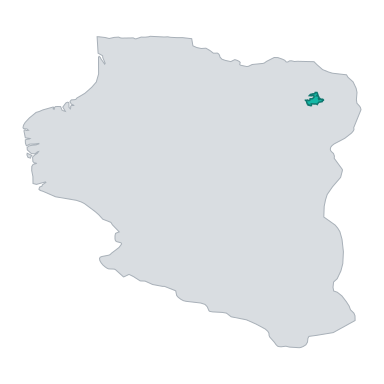 Shagari, Sokoto, Nigeria shown in context, rotated 90°
{"feature_id": "59680162B23595872951211", "entity_name": "Shagari", "entity_type": "district", "adm_level": 2, "iso_a3": "NGA", "parent_name": "Nigeria", "parent_adm1": "Sokoto", "projection": "equal_earth", "projection_center": [5.089, 12.543], "detail": "fine", "context": "in_parent", "style": "filled", "palette": "teal", "viewbox_px": 384, "rotation_deg": 90, "n_neighbors": 0, "source": "geoboundaries", "source_scale": "gbopen_adm2", "svg_char_len": 4871}
<svg xmlns="http://www.w3.org/2000/svg" viewBox="0 0 384 384"><g transform="rotate(90 192 192)"><path d="M320.5,28.9L332.6,50.8L335.3,67.1L336.4,75.1L338.4,76.1L342.1,76.5L344.8,78.1L346.5,80.8L347.5,83.3L347.7,84.8L347.1,94.5L346.2,98.1L346.8,102.9L346.6,105.0L346.2,106.4L344.6,108.0L342.3,109.6L337.0,114.3L335.5,114.9L333.2,115.1L331.3,116.2L329.0,118.8L324.0,128.1L319.8,137.6L316.8,152.8L313.1,157.6L312.4,161.8L311.9,171.3L311.4,174.2L310.8,175.0L306.7,176.8L304.4,179.0L303.0,183.4L301.3,198.0L300.7,200.5L299.4,203.0L297.3,205.8L295.5,207.3L290.8,208.3L286.4,219.4L286.4,221.3L284.5,231.4L281.1,238.9L280.9,243.8L276.6,250.5L274.4,255.0L276.7,259.8L276.9,260.5L269.6,268.6L269.1,269.8L268.9,275.3L268.3,276.8L266.9,278.9L265.0,281.1L262.9,282.8L260.7,284.1L258.5,284.5L257.2,283.8L256.5,282.1L255.2,275.3L254.6,273.9L253.2,272.5L247.5,265.0L244.0,262.4L243.3,262.6L242.7,263.3L241.7,267.1L240.8,268.5L239.0,269.0L235.8,269.0L233.5,268.5L233.0,267.7L231.9,264.8L224.8,271.6L222.4,273.1L219.2,281.2L214.8,285.2L211.7,288.7L203.5,299.7L201.9,302.9L200.3,307.7L196.8,328.4L191.2,341.3L190.4,344.0L190.1,343.9L189.3,345.1L187.1,344.4L186.1,342.0L184.8,341.6L182.4,338.1L181.9,338.6L184.4,347.5L183.5,351.0L176.5,351.1L170.6,352.3L166.4,352.2L164.4,350.9L163.5,347.6L163.1,347.9L162.9,349.7L161.6,351.1L157.0,351.4L154.9,349.1L153.3,346.6L151.5,345.4L151.8,346.5L153.8,349.0L153.6,352.6L149.9,356.7L147.5,356.9L146.0,355.2L145.3,352.2L144.9,347.9L143.9,345.1L143.4,345.1L144.0,349.8L144.1,354.2L145.8,357.6L143.1,358.6L139.9,358.7L139.4,357.5L139.0,354.7L138.5,353.9L137.8,358.7L131.1,360.0L130.1,359.8L129.9,358.9L130.5,357.6L130.3,355.5L128.9,357.1L128.6,360.4L127.8,361.0L125.2,360.5L122.4,358.8L117.9,354.6L112.4,347.9L111.5,344.8L109.9,341.1L107.0,330.8L107.5,330.3L108.8,330.9L109.4,329.9L107.1,329.2L106.6,328.5L106.5,326.2L106.6,323.4L110.1,322.0L110.9,320.3L111.4,318.6L107.1,321.2L103.0,318.2L102.2,316.5L102.6,315.1L107.3,315.0L108.9,313.7L107.9,313.3L106.1,313.3L105.5,312.4L105.5,310.3L104.9,310.8L104.2,312.7L101.5,314.0L99.9,312.7L99.7,309.6L99.4,308.2L98.0,307.1L93.3,299.1L87.3,292.3L82.0,287.7L74.0,285.4L57.2,285.5L56.3,284.9L57.3,283.8L58.8,283.1L64.2,279.3L63.3,278.8L57.6,281.2L55.7,281.4L53.2,285.9L36.7,286.9L36.8,284.9L37.5,278.9L38.5,274.8L37.4,269.8L37.1,265.3L37.8,263.9L38.1,262.2L37.9,250.7L38.8,249.0L38.8,247.8L37.1,242.9L37.2,239.1L36.8,235.4L36.3,233.8L37.0,219.7L36.8,216.2L37.3,213.7L37.6,207.7L37.6,201.7L38.7,192.3L45.8,191.1L47.5,187.4L48.5,182.8L48.2,178.1L50.5,174.1L53.2,170.6L53.1,166.6L53.9,165.4L55.2,164.5L57.1,164.0L59.2,162.1L60.4,158.7L61.6,153.2L59.7,149.4L59.8,148.5L60.5,146.5L61.6,144.5L62.5,143.8L64.5,144.3L65.2,143.5L66.5,137.5L66.4,135.8L64.5,131.8L63.4,120.9L62.9,119.5L61.4,117.5L57.5,109.8L57.6,106.1L59.2,101.5L60.3,99.2L61.8,98.0L62.1,96.9L61.7,95.6L60.9,94.6L60.8,92.5L61.5,89.6L61.3,86.4L61.7,70.0L64.9,66.8L69.6,61.4L71.9,55.8L73.2,51.6L74.8,37.5L77.3,36.0L81.9,30.9L88.2,27.9L92.4,27.0L99.6,27.6L103.2,27.1L106.3,24.3L107.7,23.5L109.7,23.0L127.7,30.3L129.3,30.0L130.7,30.5L133.0,32.4L138.3,39.2L143.9,49.8L145.6,52.0L147.3,53.3L149.1,53.7L150.4,53.5L151.7,52.5L153.5,50.5L156.1,49.6L158.3,49.8L169.4,41.7L170.5,41.6L177.4,43.4L186.8,51.5L194.5,56.8L199.9,58.5L206.3,59.8L217.0,60.2L225.1,48.8L228.1,46.3L231.7,44.1L239.3,42.0L251.8,40.6L263.6,41.2L270.9,43.1L278.7,46.8L282.0,50.4L287.3,51.0L291.0,50.3L292.2,46.8L295.9,42.1L301.5,37.8L306.0,34.9L309.8,33.5L313.1,30.1L315.8,29.0L320.5,28.9ZM157.4,356.0L154.9,357.1L153.2,356.8L155.5,352.1L156.6,353.1L158.1,353.5L157.4,356.0Z" fill="#d9dde1" stroke="#a8b0b8" stroke-width="1"/><path d="M104.1,76.6L104.4,76.0L104.5,75.9L104.5,75.6L104.6,75.4L105.1,75.7L105.7,73.2L105.6,72.6L103.8,72.7L104.0,69.2L103.9,68.5L104.0,67.9L104.0,67.7L104.0,67.4L104.5,66.8L102.8,65.7L102.1,64.9L102.0,63.7L101.8,62.7L101.6,61.8L101.4,61.7L100.9,61.5L100.6,61.4L100.5,61.2L100.4,60.9L100.3,60.6L100.1,60.6L99.9,60.6L99.8,60.8L99.6,60.9L99.5,61.1L99.4,61.1L99.3,61.3L99.2,61.4L99.2,61.5L99.4,62.2L99.3,62.3L99.5,62.7L99.2,62.9L99.0,63.3L99.0,63.7L99.0,63.9L99.3,64.4L99.6,65.1L99.1,65.3L99.0,65.2L98.7,65.1L98.4,64.8L98.2,64.6L98.1,64.8L98.0,65.0L98.0,65.3L97.4,65.0L97.1,65.0L96.9,65.3L95.9,66.3L95.8,66.6L95.8,67.0L95.8,67.3L95.7,67.2L95.5,66.9L95.4,66.2L95.2,65.9L94.8,66.1L94.5,66.4L94.3,66.5L93.5,66.5L92.5,67.0L92.5,67.6L92.5,68.2L92.5,68.8L93.6,69.2L93.9,70.7L93.8,71.0L93.9,71.3L94.1,71.9L94.3,73.1L94.5,73.6L95.6,74.6L95.8,72.5L95.6,71.4L95.5,70.9L95.7,70.6L95.8,70.5L95.8,70.3L95.9,70.2L96.1,70.0L96.9,69.9L97.4,70.1L98.5,71.4L98.8,71.9L98.8,73.9L100.1,74.1L100.3,74.4L100.5,74.7L100.6,75.4L100.0,76.4L100.1,76.6L100.3,77.1L100.2,78.2L100.2,78.4L100.2,78.6L100.3,78.6L100.5,78.4L100.7,78.0L100.8,77.8L100.9,77.7L101.0,77.7L101.4,77.4L101.6,77.4L101.9,77.3L102.1,77.3L103.2,77.0L103.8,76.7L104.1,76.6Z" fill="#14b8a6" stroke="#0f766e" stroke-width="1.5"/></g></svg>